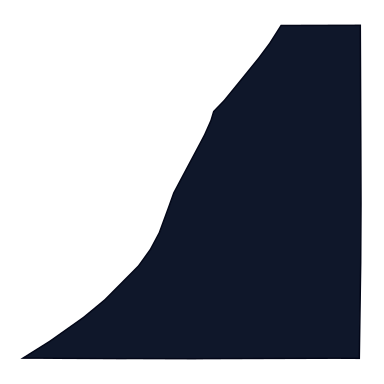 Berrien, Michigan, United States of America
{"feature_id": "52423323B94823844405741", "entity_name": "Berrien", "entity_type": "district", "adm_level": 2, "iso_a3": "USA", "parent_name": "United States of America", "parent_adm1": "Michigan", "projection": "robinson", "projection_center": [-86.545, 42.001], "detail": "fine", "context": "isolated", "style": "filled", "palette": "ink", "viewbox_px": 384, "rotation_deg": 0, "n_neighbors": 0, "source": "geoboundaries", "source_scale": "gbopen_adm2", "svg_char_len": 631}
<svg xmlns="http://www.w3.org/2000/svg" viewBox="0 0 384 384"><path d="M359.3,358.3L360.7,262.7L361.0,203.6L360.8,143.7L360.3,25.3L281.1,25.5L269.8,43.3L260.2,56.2L259.1,57.7L240.7,80.4L224.4,100.4L213.7,111.5L211.0,120.5L204.7,134.7L200.5,142.7L187.4,167.3L173.8,192.9L169.2,205.8L159.7,231.7L159.3,232.8L150.5,249.3L140.4,263.4L138.4,266.1L104.8,299.9L83.6,317.4L49.8,341.3L23.0,358.1L23.7,358.1L28.0,358.1L34.5,358.1L36.1,358.1L36.6,358.1L64.5,358.3L66.1,358.3L67.0,358.3L126.1,358.6L126.8,358.5L191.9,358.7L194.6,358.7L204.5,358.6L333.3,358.2L337.2,358.2L359.3,358.3Z" fill="#0f172a" stroke="#020617" stroke-width="1.5"/></svg>